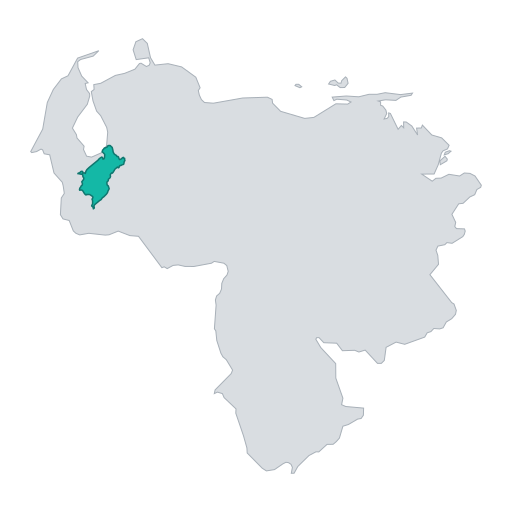 Mérida on a map of Venezuela (Robinson projection)
{"feature_id": "VEN-27", "entity_name": "Mérida", "entity_type": "State", "adm_level": 1, "iso_a3": "VEN", "parent_name": "Venezuela", "parent_adm1": "", "projection": "robinson", "projection_center": [-71.244, 8.52], "detail": "fine", "context": "in_parent", "style": "filled", "palette": "teal", "viewbox_px": 512, "rotation_deg": 0, "n_neighbors": 0, "source": "natural_earth", "source_scale": "10m", "svg_char_len": 7050}
<svg xmlns="http://www.w3.org/2000/svg" viewBox="0 0 512 512"><path d="M475.0,176.0L481.3,185.2L480.7,187.3L476.9,189.5L474.7,194.7L469.8,197.0L463.1,203.3L458.7,203.8L451.9,214.3L455.7,222.4L454.8,226.6L456.5,228.6L464.5,228.9L465.2,231.1L464.3,234.4L462.8,236.6L452.1,243.3L446.9,242.6L444.8,244.7L437.9,246.1L436.0,250.1L437.8,255.5L438.5,264.3L429.9,274.7L451.7,302.6L454.0,304.0L456.3,310.4L455.5,314.3L451.7,318.7L446.3,322.0L443.1,327.8L439.7,328.9L433.8,328.5L430.9,331.6L427.2,332.8L424.7,337.1L404.7,344.3L396.1,342.1L386.1,347.3L384.3,360.4L381.3,363.4L377.5,363.4L365.2,350.1L358.9,352.0L354.7,350.3L342.4,350.7L336.7,343.2L323.8,342.7L319.0,337.6L316.7,337.6L315.8,339.2L320.8,347.6L335.7,363.6L335.8,378.1L342.9,398.2L341.6,404.7L345.7,406.5L363.6,408.1L363.4,415.2L361.1,418.5L357.6,419.1L348.4,424.5L342.9,426.2L339.4,438.1L336.4,441.5L333.1,444.3L327.0,444.4L318.8,451.9L316.0,451.8L309.0,455.5L297.8,466.5L294.1,473.2L291.3,473.3L292.4,467.4L291.0,464.3L288.4,462.6L285.9,462.3L282.8,463.9L274.5,469.6L266.4,470.9L262.2,468.2L247.2,453.0L246.9,447.9L243.5,435.8L235.8,413.2L236.0,408.9L224.1,397.6L222.4,393.6L217.4,392.1L214.3,393.6L215.1,389.9L231.2,373.6L232.6,370.1L226.3,359.7L222.9,356.8L220.9,353.2L216.8,340.5L215.8,330.8L214.4,328.8L216.1,305.2L215.4,300.0L216.6,296.0L219.7,293.3L221.5,289.1L221.8,283.4L223.7,278.7L227.0,275.0L228.2,271.4L226.8,265.6L223.9,263.2L214.2,261.4L211.5,263.2L193.8,266.5L184.9,266.4L178.2,264.9L173.1,265.4L167.2,268.6L164.2,266.8L161.9,267.7L138.5,236.3L129.9,235.6L118.2,231.1L109.0,234.8L105.2,235.1L88.8,233.3L79.7,234.9L75.9,233.3L73.3,230.9L69.2,220.5L63.0,218.9L60.4,214.7L61.3,198.0L64.3,193.4L63.2,185.9L62.3,182.3L54.0,173.0L49.7,154.8L44.2,153.8L42.6,149.8L41.0,149.1L36.5,151.6L31.7,152.6L30.7,151.6L42.7,129.1L47.3,102.5L53.3,89.5L61.4,78.9L68.0,75.8L77.6,58.1L98.8,50.7L93.2,56.1L80.6,59.5L77.7,61.7L78.0,67.6L81.7,76.1L88.1,82.8L85.2,83.5L86.5,89.5L89.6,93.6L89.7,96.2L87.3,104.3L77.7,117.0L72.4,128.1L76.4,134.6L77.0,138.0L84.1,146.2L83.5,149.5L86.6,156.2L91.6,157.1L101.4,152.8L106.6,145.7L107.7,132.2L106.7,127.4L100.7,115.7L96.6,111.1L93.0,100.9L91.3,91.6L94.1,89.5L93.8,84.6L100.7,83.3L115.4,75.4L124.5,73.4L134.9,69.2L139.4,63.6L141.0,63.2L146.4,66.5L149.1,65.3L150.2,62.8L148.7,57.8L136.2,59.6L133.1,49.8L135.9,41.7L142.5,38.7L147.3,43.4L150.5,57.7L154.9,65.1L168.1,63.7L181.6,66.9L195.8,77.2L200.1,87.8L198.3,90.5L199.3,95.0L201.4,99.6L204.5,102.5L213.4,103.2L242.7,98.0L267.4,97.2L272.1,99.4L272.6,103.2L280.6,111.3L304.7,118.4L313.9,117.4L335.9,103.8L347.7,104.1L351.0,102.0L346.7,100.0L336.8,99.2L333.9,100.6L332.2,97.1L346.3,96.0L358.8,96.8L369.0,94.3L377.1,94.3L385.2,92.7L400.5,94.6L412.5,93.1L411.1,95.3L400.8,97.1L395.9,100.4L385.5,99.8L378.2,101.0L380.6,101.9L380.6,105.3L382.7,106.0L385.9,110.1L386.7,113.6L384.1,119.0L387.1,118.4L388.7,116.7L388.7,112.9L390.4,113.5L398.1,129.3L401.4,125.5L403.7,127.8L403.6,121.9L406.2,122.0L411.8,126.0L417.6,135.0L416.6,128.1L421.3,128.0L422.4,125.1L431.8,135.0L441.7,137.9L449.1,145.3L447.5,148.9L443.1,150.8L441.4,153.1L438.2,164.8L434.1,174.0L421.7,174.1L432.2,181.2L435.9,178.3L441.1,178.1L448.9,174.3L459.6,176.0L464.3,173.0L470.0,173.4L475.0,176.0ZM347.0,78.3L348.1,83.3L344.7,87.5L340.2,87.6L336.6,84.8L334.7,85.5L328.6,84.0L330.4,81.3L334.9,80.0L338.2,83.1L341.0,83.2L341.7,80.7L345.5,76.9L347.0,78.3ZM446.9,160.8L440.3,164.7L439.9,160.9L445.0,156.3L447.3,159.1L446.9,160.8ZM301.7,86.8L299.9,87.7L295.0,85.6L296.0,84.3L298.7,84.3L301.7,86.8ZM448.1,153.7L444.2,154.9L445.3,152.2L449.4,150.7L451.0,151.2L448.1,153.7Z" fill="#d9dde1" stroke="#a8b0b8" stroke-width="1"/><path d="M102.2,151.8L102.6,150.1L103.2,149.6L104.1,148.4L104.4,148.0L104.7,147.9L105.6,147.8L105.8,147.6L106.0,147.5L106.3,147.3L106.6,147.2L107.0,147.1L107.4,146.6L107.5,146.1L107.9,145.9L108.3,145.6L109.0,145.5L109.5,145.5L110.0,145.6L110.3,145.6L110.7,146.0L111.3,146.7L111.9,147.1L112.2,147.5L112.4,148.2L112.9,150.3L113.0,151.1L113.1,151.7L113.3,152.3L114.0,153.7L114.3,154.0L115.4,154.9L115.8,155.1L116.1,155.2L116.5,155.5L116.9,156.4L117.2,156.6L117.3,156.6L117.9,156.5L118.4,156.9L118.6,157.2L118.7,157.9L119.0,158.6L119.2,159.0L119.4,159.2L119.6,159.5L119.9,159.5L120.2,159.4L121.3,158.9L122.4,157.8L122.6,157.7L122.9,157.6L123.2,157.4L123.4,157.4L123.6,157.5L123.9,158.3L124.2,158.4L124.4,158.5L124.6,158.5L124.7,159.0L124.7,159.4L124.7,160.0L124.9,160.6L124.2,161.7L124.1,162.3L123.8,163.8L123.7,164.1L123.5,164.3L122.9,164.6L122.3,164.7L121.7,165.0L121.1,165.4L120.8,165.5L120.6,165.6L120.4,165.5L120.2,165.5L119.9,165.6L119.7,165.7L119.6,165.9L119.4,166.2L119.2,166.8L119.0,167.4L118.8,167.6L118.7,167.7L118.5,167.8L118.3,167.8L118.2,167.8L118.1,167.7L117.9,167.3L117.8,167.2L117.7,167.1L117.2,167.2L116.0,168.3L115.2,168.9L114.9,169.3L114.5,169.8L114.4,170.2L113.0,172.4L112.4,173.1L112.1,173.1L111.9,172.9L111.6,173.0L110.9,173.8L110.7,174.0L110.5,174.3L110.3,174.6L110.3,174.8L110.2,175.1L110.3,175.3L110.4,175.7L110.5,176.1L110.5,176.4L110.4,176.8L110.1,177.6L109.9,177.9L109.7,178.1L108.9,178.8L108.5,179.1L108.4,179.4L108.3,179.7L108.3,180.2L108.2,180.7L108.1,180.9L107.9,181.1L107.1,181.9L106.9,182.2L106.9,182.5L106.9,183.5L107.0,183.9L107.0,184.3L107.3,185.1L107.4,185.3L107.5,185.4L107.6,185.5L108.0,185.6L108.2,185.9L108.4,186.2L108.5,186.5L108.7,187.4L108.8,187.6L109.0,188.1L109.1,188.4L109.1,188.9L108.9,189.3L108.7,189.7L108.5,190.0L107.9,191.2L107.5,192.6L106.4,194.2L103.8,196.8L102.6,197.6L102.2,198.0L101.4,199.2L101.0,199.7L100.7,199.9L99.8,200.4L95.2,204.2L94.1,205.4L94.0,206.4L94.3,207.5L94.2,208.0L94.1,208.3L93.8,208.5L93.4,208.7L93.1,207.6L92.9,207.1L92.8,206.9L92.7,206.8L92.6,206.7L92.0,206.3L91.9,206.2L91.7,205.9L91.7,205.6L92.3,204.4L92.6,203.6L92.6,203.2L92.6,201.1L92.4,200.0L92.1,199.6L92.1,199.4L92.2,198.8L92.8,197.9L92.9,197.3L92.9,197.1L92.6,196.5L89.9,194.6L89.0,194.5L88.7,194.5L88.3,194.4L88.0,194.5L87.7,194.6L87.2,194.4L86.8,194.4L86.6,194.5L86.4,194.6L86.2,194.9L85.8,194.9L85.5,194.7L84.7,193.9L84.4,193.5L82.9,191.0L82.8,190.8L82.1,190.3L81.8,190.1L81.1,190.0L79.7,190.2L79.5,189.8L79.5,189.7L79.6,189.0L79.8,188.2L80.8,186.8L81.2,185.9L81.4,185.7L81.9,185.4L82.1,185.2L82.5,183.9L81.8,181.8L83.6,179.4L83.7,179.0L83.8,178.5L83.7,177.8L83.6,177.7L83.0,176.8L82.9,176.7L82.8,175.3L82.7,175.1L82.7,174.9L82.5,174.7L82.3,174.5L82.1,174.4L78.0,173.6L78.2,173.2L78.7,173.0L79.1,172.9L79.5,172.8L79.8,172.6L80.1,172.3L80.5,171.9L80.6,171.7L80.9,171.5L81.2,171.4L81.7,171.3L82.0,171.3L82.4,171.4L82.5,171.5L82.7,171.8L82.8,172.0L82.8,172.5L82.7,172.6L82.6,173.0L82.6,173.3L83.0,173.2L83.6,173.0L83.9,172.9L84.2,172.9L84.4,172.9L84.6,173.0L85.0,173.3L85.3,173.4L85.4,173.2L85.9,171.3L86.0,171.1L86.4,170.4L87.0,169.5L89.1,167.5L98.0,160.2L98.9,159.1L99.6,158.4L100.1,158.1L100.7,157.7L101.4,157.2L101.9,157.1L102.2,157.4L102.5,157.7L102.8,158.2L102.8,158.6L103.0,159.1L103.7,159.0L104.2,158.5L104.5,157.6L104.6,156.6L104.6,156.1L104.7,155.5L104.7,154.6L104.5,154.1L104.1,153.6L103.4,152.9L103.1,152.6L102.6,152.1L102.2,151.8L102.2,151.8Z" fill="#14b8a6" stroke="#0f766e" stroke-width="1.5"/></svg>